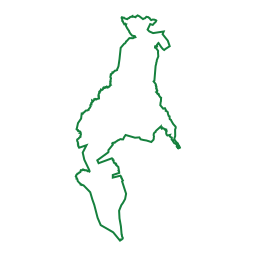 Malinaltepec, Guerrero, Mexico (Natural Earth projection)
{"feature_id": "50627088B5493322532646", "entity_name": "Malinaltepec", "entity_type": "district", "adm_level": 2, "iso_a3": "MEX", "parent_name": "Mexico", "parent_adm1": "Guerrero", "projection": "natural_earth1", "projection_center": [-98.711, 17.129], "detail": "fine", "context": "isolated", "style": "outline", "palette": "green", "viewbox_px": 256, "rotation_deg": 0, "n_neighbors": 0, "source": "geoboundaries", "source_scale": "gbopen_adm2", "svg_char_len": 5760}
<svg xmlns="http://www.w3.org/2000/svg" viewBox="0 0 256 256"><path d="M156.3,20.6L155.9,20.2L154.1,19.6L152.4,19.6L151.2,20.1L150.4,19.4L149.5,18.0L148.7,17.7L148.4,17.2L146.4,16.8L145.1,18.2L143.8,18.6L143.0,19.1L139.4,16.3L137.6,15.4L136.2,16.5L135.8,16.6L135.5,17.2L133.8,16.7L132.5,16.8L132.4,16.1L131.4,16.7L130.2,17.0L129.2,18.0L128.4,18.2L127.2,19.2L124.5,18.3L124.0,17.7L123.1,17.7L121.9,17.2L121.7,17.4L121.6,17.7L121.8,18.6L122.3,19.3L122.2,20.9L122.9,21.3L123.1,22.2L124.3,24.3L125.2,23.7L125.7,24.3L126.2,24.3L125.9,25.3L126.2,26.6L126.7,27.2L127.1,28.2L127.5,28.5L127.6,29.0L129.1,31.0L129.2,31.8L129.4,31.9L130.2,33.4L132.2,35.7L134.8,36.1L135.4,37.2L133.5,37.8L133.0,38.2L129.4,38.1L126.7,41.1L126.0,41.5L125.8,42.3L125.3,43.0L124.8,43.5L124.2,43.7L120.7,47.8L119.5,59.1L118.5,66.1L117.9,67.8L117.3,68.8L117.1,70.0L115.5,70.7L114.9,70.7L113.6,72.0L113.1,72.1L112.9,72.7L112.4,72.6L112.4,73.1L112.2,73.4L110.9,74.1L111.0,74.7L110.6,75.1L110.8,75.6L110.6,75.9L110.5,76.6L110.3,77.0L110.5,77.5L111.0,78.1L111.0,78.4L110.6,79.6L110.7,80.2L110.5,80.6L110.5,81.1L110.3,81.3L110.7,81.8L110.1,83.1L110.5,83.6L110.5,84.2L110.3,84.6L110.7,85.0L109.8,85.5L109.7,86.3L109.5,86.5L108.9,86.9L108.0,86.8L107.7,87.6L107.4,87.6L107.3,87.2L106.8,87.1L106.5,86.7L105.9,87.3L105.4,87.1L105.2,87.8L104.7,88.0L104.5,87.9L104.4,87.6L103.6,87.4L103.3,87.7L103.3,88.2L103.1,88.5L103.2,88.8L102.4,89.8L101.9,89.9L100.9,89.5L100.4,91.2L99.7,91.2L99.2,91.8L99.2,92.3L99.6,92.8L99.0,93.3L98.7,94.2L98.7,94.7L98.5,95.0L98.8,95.3L98.5,95.8L98.4,96.1L98.5,96.5L98.9,96.7L99.0,98.5L98.5,98.7L97.5,98.7L96.4,99.5L95.9,99.4L95.7,99.0L95.3,98.9L95.0,99.4L94.3,99.2L94.1,100.0L93.5,100.5L92.9,100.5L93.1,101.3L92.6,101.6L92.2,101.2L92.3,102.1L91.6,102.6L91.5,104.0L91.1,103.8L91.0,104.4L90.3,105.2L90.7,106.2L89.8,107.9L89.3,108.3L88.8,109.1L88.6,109.9L88.1,109.9L87.6,110.4L85.8,110.6L84.1,112.4L83.3,112.6L82.8,113.8L82.5,113.9L81.7,113.6L81.1,118.6L78.0,123.1L76.8,128.6L76.5,129.1L76.7,129.5L78.0,130.1L78.0,130.9L78.4,131.3L79.3,131.2L79.9,131.4L80.4,132.0L80.4,132.5L80.6,132.6L80.6,132.9L80.3,133.1L80.7,133.2L80.7,133.7L80.9,134.0L80.9,134.7L80.3,136.0L80.5,136.3L80.5,136.9L79.1,137.8L78.6,138.6L77.4,139.3L77.1,139.9L77.2,141.0L77.9,142.3L77.8,143.1L78.1,143.5L78.2,143.9L78.2,144.3L77.9,144.8L78.3,145.5L78.2,146.0L78.7,146.5L78.9,147.6L79.2,147.7L86.5,145.2L82.7,152.6L84.3,159.7L89.2,170.0L89.6,171.3L89.4,171.6L88.5,171.1L87.5,171.2L87.2,170.9L87.0,170.5L86.7,170.3L85.4,170.2L85.0,170.4L84.4,169.9L83.5,170.0L83.0,169.4L82.5,169.6L82.0,170.3L80.8,170.2L80.6,170.8L80.5,171.7L80.3,172.1L79.2,172.5L78.6,173.3L77.5,173.6L77.2,174.3L76.8,174.4L76.3,175.0L75.8,176.4L76.2,176.7L76.2,177.1L76.4,177.3L76.5,178.5L76.9,178.4L77.4,179.3L77.7,181.0L79.2,182.7L79.6,182.9L79.9,183.5L80.5,183.9L80.6,184.4L80.9,184.4L80.8,184.7L81.4,184.9L81.7,184.8L82.0,185.1L82.6,185.0L83.6,185.4L90.2,192.2L92.4,199.6L94.3,205.0L97.6,217.8L100.7,225.1L113.2,232.3L120.0,240.6L120.9,240.0L120.9,239.5L121.7,239.5L122.7,238.6L122.7,237.5L122.1,236.7L121.8,234.5L121.6,234.4L120.9,226.3L119.5,218.4L119.1,210.7L121.3,205.2L123.0,202.8L125.1,199.0L126.1,193.8L122.1,181.4L122.9,180.5L122.1,179.3L122.0,178.6L121.5,178.2L121.4,177.3L121.1,177.2L120.9,176.3L120.4,175.7L112.8,177.6L112.8,175.0L119.2,172.9L119.2,172.2L119.1,171.5L118.9,171.2L119.0,171.2L118.3,166.9L116.2,165.1L115.9,164.7L116.3,164.2L116.0,163.7L115.4,163.9L114.8,162.9L114.4,162.9L113.9,162.7L113.7,161.8L113.5,161.4L113.4,160.9L113.6,160.4L112.8,160.1L112.8,159.1L112.5,159.0L112.1,158.5L111.9,158.3L98.6,163.2L97.3,160.3L108.3,152.3L108.5,151.6L108.4,151.4L108.4,150.2L112.8,144.7L112.5,144.3L112.6,143.5L112.3,143.3L112.4,143.1L113.2,142.7L114.1,142.8L114.8,142.7L115.2,142.0L116.3,141.5L117.9,140.3L118.4,140.2L120.3,139.2L120.9,139.1L121.7,139.4L123.1,139.4L124.1,137.2L125.6,135.0L135.0,137.7L139.4,137.4L140.6,139.3L143.5,140.0L146.5,140.5L151.3,142.0L153.5,139.7L153.8,138.6L153.7,138.0L154.0,136.5L153.6,135.1L153.9,133.4L154.6,132.5L155.5,132.0L155.6,131.4L156.2,130.6L160.7,126.6L160.6,127.4L161.0,127.7L161.6,127.5L161.5,128.2L161.8,128.7L163.0,128.2L163.8,128.5L164.4,129.1L165.0,129.1L166.1,129.5L165.6,130.4L166.7,131.1L166.1,132.0L166.3,132.8L166.2,133.6L166.7,134.8L167.4,135.5L170.0,134.9L169.6,135.8L169.9,136.4L170.5,137.0L171.8,137.6L171.8,138.1L171.6,139.5L172.3,140.2L173.0,140.2L172.9,141.2L173.2,141.5L173.8,142.6L174.3,143.2L175.4,143.6L177.2,145.1L177.3,145.7L176.8,146.1L176.7,146.5L177.0,147.0L177.9,147.2L177.9,148.2L178.2,148.3L178.6,147.3L179.0,147.2L180.2,148.4L179.9,147.4L179.2,146.2L179.0,145.5L178.0,144.8L177.9,143.5L176.3,142.1L174.7,140.0L174.4,139.0L174.4,138.3L175.2,136.0L175.1,129.5L175.7,128.0L175.7,127.0L175.5,126.6L173.2,124.0L171.5,121.1L170.9,119.8L169.8,119.2L169.6,118.0L169.6,116.4L168.7,116.0L167.9,113.7L167.9,112.9L167.6,111.9L167.3,111.6L165.7,110.8L165.9,110.1L165.8,109.9L164.9,108.2L163.2,108.7L160.3,105.2L160.6,102.3L160.9,101.4L161.1,97.7L160.4,97.4L160.0,96.9L159.9,96.6L158.9,95.4L158.8,94.8L158.9,94.4L158.6,93.9L158.2,93.7L158.0,94.0L157.8,93.8L157.6,93.9L157.2,93.5L156.9,92.3L156.5,92.4L156.2,92.1L157.0,91.6L157.3,90.9L156.9,90.5L157.1,90.1L156.5,89.1L156.7,88.9L156.6,88.4L156.2,88.3L156.4,86.7L156.0,86.5L156.1,85.5L155.7,85.1L155.9,84.6L155.6,83.9L153.6,81.4L154.4,80.6L155.6,66.0L156.2,63.7L156.3,62.5L156.7,61.6L156.8,60.2L158.3,56.4L158.0,52.6L158.1,50.9L157.0,49.3L155.8,47.9L155.0,47.6L155.1,46.3L156.1,46.1L156.3,46.3L156.8,46.4L156.8,46.1L157.0,46.1L156.8,45.3L157.0,44.8L157.7,44.2L157.8,43.6L158.5,43.0L161.1,46.9L162.8,49.0L164.2,50.0L165.4,49.0L169.7,46.2L167.8,40.7L162.6,34.2L163.7,31.5L153.1,33.1L149.3,31.4L147.6,29.6L150.2,24.1L152.7,24.9L152.9,24.8L154.2,23.2L155.5,22.1L156.3,20.6Z" fill="none" stroke="#15803d" stroke-width="2"/></svg>